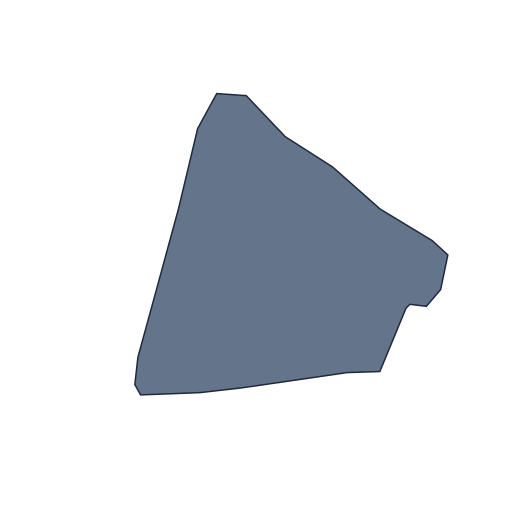 map outline of Telford and Wrekin (Mercator projection), rotated 61°
{"feature_id": "GBR-2121", "entity_name": "Telford and Wrekin", "entity_type": "Unitary Authority", "adm_level": 1, "iso_a3": "GBR", "parent_name": "United Kingdom", "parent_adm1": "", "projection": "mercator", "projection_center": [-2.456, 52.714], "detail": "fine", "context": "isolated", "style": "filled", "palette": "slate", "viewbox_px": 512, "rotation_deg": 61, "n_neighbors": 0, "source": "natural_earth", "source_scale": "10m", "svg_char_len": 442}
<svg xmlns="http://www.w3.org/2000/svg" viewBox="0 0 512 512"><g transform="rotate(61 256 256)"><path d="M348.1,87.7L374.9,110.8L382.6,131.4L372.8,144.9L374.4,150.1L417.1,203.7L402.1,232.9L364.5,332.2L348.4,371.1L332.3,403.0L321.5,424.3L309.7,424.3L287.2,408.3L242.0,364.1L176.5,300.3L116.3,245.3L94.9,211.6L111.0,186.8L165.8,172.6L215.2,145.9L275.3,124.6L328.0,94.4L348.1,87.7Z" fill="#64748b" stroke="#1e293b" stroke-width="1.5"/></g></svg>